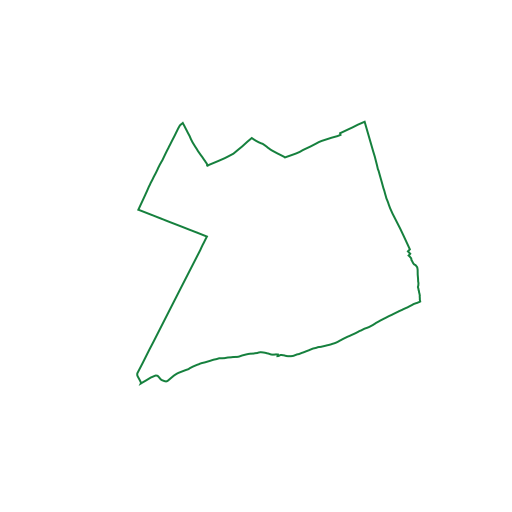 Vartop, Dolj, Romania (Natural Earth projection), rotated 136°
{"feature_id": "2599482B4098580936602", "entity_name": "Vartop", "entity_type": "district", "adm_level": 2, "iso_a3": "ROU", "parent_name": "Romania", "parent_adm1": "Dolj", "projection": "natural_earth1", "projection_center": [23.359, 44.205], "detail": "fine", "context": "isolated", "style": "outline", "palette": "green", "viewbox_px": 512, "rotation_deg": 136, "n_neighbors": 0, "source": "geoboundaries", "source_scale": "gbopen_adm2", "svg_char_len": 6077}
<svg xmlns="http://www.w3.org/2000/svg" viewBox="0 0 512 512"><g transform="rotate(136 256 256)"><path d="M308.5,371.0L308.0,370.0L306.8,367.4L305.7,365.0L303.0,359.1L294.3,340.0L292.1,335.3L288.9,328.4L285.4,320.7L281.5,312.3L279.8,308.5L277.8,304.1L281.0,303.0L284.6,301.7L286.5,301.1L289.7,299.9L291.9,299.0L330.5,285.8L352.0,278.4L389.1,265.6L397.5,262.8L412.0,257.7L422.7,254.1L423.2,253.8L423.9,253.1L424.3,252.6L424.7,251.6L424.9,250.9L425.6,248.3L426.4,245.7L426.6,245.2L426.9,244.5L427.4,244.3L425.3,243.8L421.7,242.9L415.9,241.6L414.7,241.1L412.3,240.2L411.2,239.7L410.4,238.8L410.0,238.1L410.0,237.3L410.0,236.3L410.2,233.9L410.1,232.6L409.8,231.8L408.8,229.7L408.2,228.7L407.6,228.1L406.8,227.7L405.8,227.5L402.3,227.3L398.2,227.0L397.0,226.8L394.6,226.3L393.0,225.8L390.1,224.6L386.1,222.9L385.2,222.5L384.0,221.9L383.1,221.5L382.4,221.4L381.6,221.3L378.3,220.3L376.7,219.7L373.6,218.5L372.5,217.9L371.2,217.5L369.5,216.7L366.7,215.0L361.5,212.3L360.4,211.8L358.4,210.8L356.1,209.3L353.5,208.0L352.6,207.1L349.9,204.6L346.7,202.5L344.4,200.5L343.0,199.5L341.5,198.2L340.4,197.2L339.4,196.3L338.2,195.5L336.7,194.8L335.1,194.1L333.2,193.0L331.1,191.8L329.2,190.6L327.5,189.3L325.8,187.7L324.2,186.7L322.7,185.5L322.4,185.3L321.1,184.7L319.5,183.6L318.4,182.3L317.2,180.8L316.3,179.5L315.9,178.8L315.6,178.2L315.1,177.6L314.7,176.9L314.3,176.1L313.8,175.1L313.5,174.6L313.1,174.1L312.3,173.2L311.8,172.8L311.5,172.5L311.0,172.1L310.4,171.7L309.7,171.0L309.4,170.8L309.2,170.5L308.7,169.9L309.2,169.5L310.0,169.0L309.5,168.6L309.2,168.5L308.9,168.3L308.6,168.2L307.8,168.0L307.2,167.8L307.0,167.6L306.7,167.4L306.1,166.7L305.5,165.8L305.2,165.5L304.8,165.0L304.1,163.7L303.7,163.2L303.5,162.8L303.2,162.4L302.2,161.3L301.8,160.9L301.3,160.5L301.0,160.2L300.7,159.9L299.9,159.2L299.6,159.0L299.3,158.8L298.6,158.3L298.0,158.0L297.5,157.8L296.5,157.4L295.6,157.0L294.6,156.6L294.0,156.1L293.6,155.9L293.2,155.6L292.9,155.5L291.7,155.0L290.4,154.5L289.0,153.8L287.1,153.0L285.8,152.5L285.2,152.2L284.0,151.7L283.4,151.4L282.7,151.2L281.5,150.7L280.9,150.5L280.2,150.2L279.2,149.8L277.8,148.9L276.6,148.2L276.1,147.9L275.4,147.7L274.9,147.4L274.4,147.2L274.1,146.9L273.6,146.5L273.1,146.1L272.6,145.7L272.0,145.3L271.4,145.0L270.8,144.6L269.6,143.9L268.4,143.2L267.9,142.9L267.3,142.6L266.8,142.3L266.2,141.9L265.2,141.3L264.1,140.7L263.6,140.4L263.1,140.2L261.6,139.5L261.1,139.2L260.7,139.0L259.2,138.3L258.1,137.9L257.0,137.5L255.4,137.1L254.2,136.8L253.7,136.6L251.4,136.0L250.8,135.8L249.5,135.4L247.7,134.8L247.0,134.6L245.1,133.9L244.5,133.6L243.9,133.4L243.3,133.2L242.7,133.0L242.1,132.8L239.9,132.0L238.8,131.6L238.1,131.4L237.6,131.2L236.5,130.9L235.9,130.7L234.8,130.4L234.2,130.3L233.1,129.9L232.5,129.6L232.0,129.4L231.7,129.3L231.3,129.2L230.9,129.1L230.3,128.9L228.9,128.5L228.1,128.2L225.6,127.0L225.0,126.8L224.4,126.5L223.7,126.3L223.1,126.1L222.4,125.9L221.7,125.7L220.3,125.3L219.6,125.1L218.9,125.0L217.6,124.7L216.9,124.6L216.2,124.5L215.5,124.3L214.1,123.9L212.2,123.4L211.3,123.2L210.4,122.9L207.7,122.1L205.9,121.5L202.4,120.5L200.7,119.9L199.9,119.6L199.1,119.3L198.3,119.1L196.1,118.4L195.5,118.2L193.6,117.6L191.8,117.0L191.5,117.0L191.1,116.8L190.0,116.4L189.7,116.3L188.7,115.9L188.1,115.7L187.3,115.5L185.9,115.0L184.5,114.5L184.0,114.3L183.0,113.9L182.4,113.7L181.6,113.5L179.5,112.9L178.3,112.5L177.1,112.2L176.8,112.1L176.5,112.1L175.9,111.9L175.2,111.6L174.6,111.3L174.1,111.1L172.6,110.3L171.2,109.8L170.6,109.5L170.1,109.4L169.5,109.2L168.4,110.9L167.4,111.9L166.6,112.9L165.9,113.6L165.6,113.8L165.4,114.1L165.3,114.3L164.5,115.5L164.1,116.3L163.3,117.4L162.9,118.0L162.7,118.6L162.2,119.2L162.0,119.5L161.1,121.2L159.5,122.2L158.8,122.9L158.0,123.6L157.0,125.1L155.2,127.1L152.6,130.3L149.4,133.7L148.3,135.2L147.8,136.1L147.8,136.7L147.6,137.8L147.6,138.2L147.6,138.8L147.7,139.0L147.8,139.2L147.9,139.5L148.0,139.9L148.1,140.3L148.0,140.8L148.0,141.3L147.9,141.8L147.8,142.1L147.6,142.8L147.2,144.0L147.0,145.0L146.9,145.3L146.7,145.5L146.3,146.0L146.2,146.2L146.1,146.4L146.0,146.6L145.9,147.2L145.9,147.4L145.9,148.1L145.8,148.7L145.8,149.4L145.9,150.3L143.5,150.5L143.5,153.8L140.7,153.9L136.1,167.1L133.3,175.4L130.1,185.9L128.3,191.8L126.3,197.3L124.9,200.5L123.7,203.0L122.8,205.2L122.2,206.8L121.1,208.8L120.0,210.9L118.5,213.6L118.0,214.6L117.3,216.1L117.0,216.7L116.5,217.6L114.2,221.8L111.1,227.6L108.6,232.2L108.0,233.8L106.0,237.1L101.5,245.0L99.0,249.9L98.1,251.6L84.6,277.1L91.5,279.7L97.4,281.5L100.8,282.7L110.2,285.9L111.1,284.4L114.2,285.7L119.5,288.6L128.9,293.2L131.7,294.3L134.6,295.1L140.7,296.9L146.5,298.9L148.9,299.7L151.5,300.3L152.5,300.6L155.7,301.8L157.3,302.5L160.4,303.9L166.7,306.8L166.7,307.0L166.8,307.5L167.0,308.2L168.4,312.3L169.3,314.8L171.0,320.1L171.3,321.1L171.7,322.7L172.0,324.6L172.3,326.0L172.3,326.8L172.6,328.6L172.9,330.2L173.3,332.1L174.1,333.6L175.1,336.1L176.0,338.9L176.5,340.9L177.1,343.8L182.7,344.2L189.8,344.4L194.4,344.8L201.2,345.3L207.0,347.0L210.6,348.1L217.3,350.6L226.5,354.2L227.8,354.5L228.2,354.6L228.3,354.8L228.3,355.0L228.1,355.3L227.7,355.6L227.5,355.9L227.2,356.9L227.0,358.1L226.9,358.9L226.7,359.6L226.6,360.4L226.5,361.2L226.2,362.9L225.9,364.5L225.8,365.3L225.7,366.2L225.6,367.0L224.8,372.1L224.4,373.6L224.1,375.1L223.8,376.8L222.7,381.8L222.2,383.4L221.7,385.1L220.4,388.5L219.4,392.1L218.8,394.0L217.7,397.7L217.1,399.6L216.6,401.5L216.3,402.5L216.7,402.5L217.8,402.7L218.0,402.7L219.7,402.8L220.0,402.8L220.7,402.6L223.1,401.9L224.8,401.3L226.4,400.7L227.3,400.4L230.0,399.4L231.7,398.8L233.5,398.2L235.3,397.6L238.2,396.6L241.0,395.6L242.0,395.3L242.9,395.0L243.8,394.6L244.8,394.3L245.7,394.0L246.6,393.7L250.5,392.3L256.9,389.9L257.3,389.8L258.4,389.5L258.9,389.4L260.0,389.0L261.2,388.7L262.9,388.1L264.6,387.5L265.8,387.1L266.3,386.8L266.9,386.6L268.0,386.2L268.5,386.0L269.6,385.6L270.2,385.4L271.3,385.0L272.0,384.8L273.2,384.4L274.4,384.0L275.0,383.8L277.4,382.9L278.6,382.5L281.1,381.7L283.0,380.9L283.7,380.7L285.1,380.2L285.8,379.9L289.9,378.2L292.0,377.4L293.2,376.9L308.5,371.0Z" fill="none" stroke="#15803d" stroke-width="2"/></g></svg>